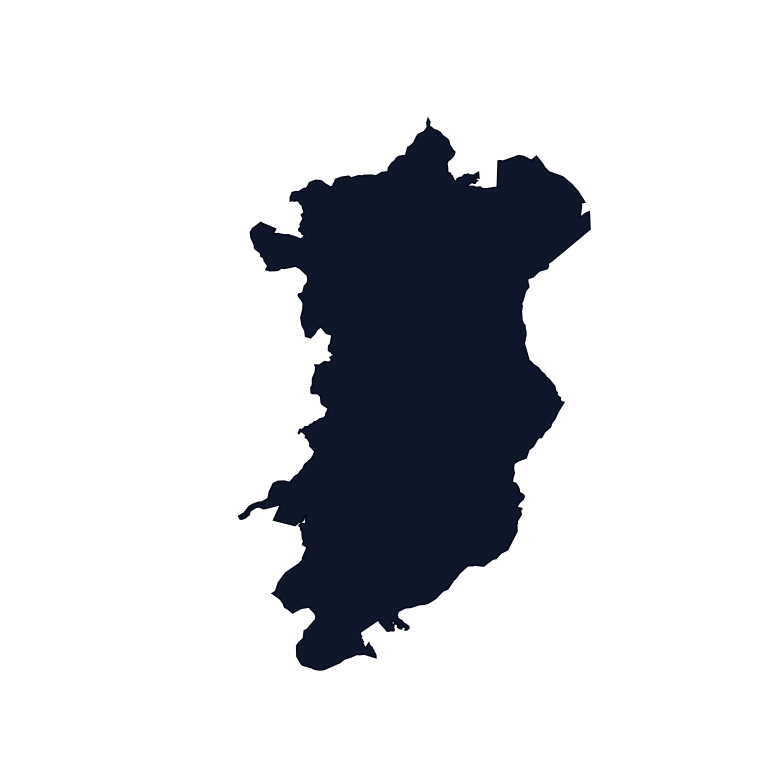 the district of Aschileu, Cluj, Romania, rotated 307°
{"feature_id": "2599482B95199395235203", "entity_name": "Aschileu", "entity_type": "district", "adm_level": 2, "iso_a3": "ROU", "parent_name": "Romania", "parent_adm1": "Cluj", "projection": "albers", "projection_center": [23.469, 46.985], "detail": "fine", "context": "isolated", "style": "filled", "palette": "ink", "viewbox_px": 768, "rotation_deg": 307, "n_neighbors": 0, "source": "geoboundaries", "source_scale": "gbopen_adm2", "svg_char_len": 6171}
<svg xmlns="http://www.w3.org/2000/svg" viewBox="0 0 768 768"><g transform="rotate(307 384 384)"><path d="M477.6,538.7L476.6,536.4L477.1,534.3L479.2,533.3L478.9,531.0L479.6,528.3L481.5,527.4L481.5,525.5L484.9,521.6L487.2,512.3L487.1,509.5L488.3,506.3L488.5,501.9L489.8,497.4L489.4,491.4L490.1,488.5L490.1,485.7L500.8,471.6L508.7,467.8L511.6,465.3L512.8,463.6L515.6,461.4L516.0,459.1L518.0,455.7L524.4,450.2L529.9,447.1L530.3,445.7L530.9,445.3L533.7,444.9L543.5,441.0L548.7,441.3L552.4,436.9L554.9,435.5L559.2,438.6L567.5,439.9L574.5,445.0L577.3,444.4L577.9,443.2L580.3,442.7L582.2,443.7L631.6,455.4L645.1,444.3L642.3,442.6L635.0,440.3L645.2,434.5L647.2,432.3L650.0,435.0L654.5,423.1L656.4,413.7L657.0,402.0L652.6,387.9L653.6,382.0L655.3,377.8L657.6,368.6L651.3,367.2L649.7,358.4L647.3,354.0L633.4,344.8L632.5,342.7L630.8,340.9L609.4,356.0L601.4,348.2L599.1,344.8L599.4,342.4L596.3,339.3L595.9,336.9L592.2,331.9L592.7,331.2L596.9,332.3L598.3,333.3L598.4,335.0L599.3,336.1L600.8,335.7L602.6,336.3L602.2,333.9L602.8,333.3L604.5,334.0L605.6,335.9L609.9,332.0L604.5,329.8L602.2,326.0L602.1,324.4L600.6,324.1L599.6,322.2L595.7,321.8L594.6,320.2L591.6,318.9L590.0,320.0L588.6,317.9L591.3,313.0L591.2,311.5L592.3,309.7L591.0,308.0L596.7,303.0L597.7,301.6L600.2,300.9L605.5,302.1L609.4,302.0L611.9,301.0L612.3,298.2L614.3,292.8L617.1,289.3L617.8,287.1L617.6,281.3L618.7,277.6L618.3,273.4L617.3,271.5L617.4,264.6L621.0,262.8L622.4,259.5L618.6,260.9L615.8,263.7L612.7,264.3L609.4,264.0L604.2,261.3L601.3,261.1L594.6,262.7L589.0,261.6L587.4,260.6L579.5,263.7L574.7,258.9L572.1,258.1L567.8,258.2L565.2,257.3L559.7,257.4L555.8,259.4L551.6,255.0L545.4,252.4L543.2,248.2L538.6,242.5L537.0,241.4L535.0,238.3L528.6,233.7L528.8,230.9L523.5,225.6L518.0,222.1L515.9,223.2L513.9,223.1L511.2,224.0L509.1,222.7L508.3,216.6L508.5,212.4L508.0,210.6L505.5,206.8L499.9,203.3L495.4,204.3L491.9,203.5L492.2,202.5L486.3,200.2L484.2,197.4L481.7,195.5L476.5,196.9L473.7,199.0L475.0,200.0L476.2,201.6L475.9,202.1L478.0,204.0L478.6,205.7L477.4,209.3L477.5,210.9L472.6,217.2L469.4,216.1L467.4,220.0L461.2,220.9L458.9,223.1L457.0,222.6L455.9,223.0L455.3,223.9L455.5,226.3L454.3,228.6L455.2,229.8L455.1,230.5L452.1,231.3L450.3,230.4L449.0,228.9L448.5,226.0L445.6,217.8L443.2,214.8L440.4,209.1L437.4,205.0L442.6,204.2L439.1,190.3L439.0,188.4L428.9,185.5L424.9,186.0L420.7,189.9L417.3,196.4L414.7,198.9L414.3,200.4L414.4,206.3L411.8,209.1L412.4,211.7L410.2,214.5L408.6,219.6L407.2,220.5L404.3,220.8L405.6,224.4L410.0,229.9L411.6,231.2L414.8,232.1L416.6,235.1L424.9,242.4L425.7,247.0L424.6,257.3L421.2,260.8L418.4,261.9L414.2,261.5L408.9,263.9L405.8,263.4L404.9,261.8L403.3,262.1L402.3,263.9L401.1,268.6L399.7,271.0L394.9,274.3L387.0,277.6L381.7,283.1L379.0,288.7L374.9,292.7L376.7,297.6L382.5,298.4L386.1,297.8L391.8,298.9L389.7,307.3L391.8,312.9L383.3,317.3L381.2,316.8L377.4,319.5L377.3,321.5L378.1,323.1L377.0,323.8L377.5,326.3L376.7,326.6L372.8,324.8L372.0,327.0L372.1,328.3L368.2,327.0L366.0,323.0L360.3,321.1L357.6,317.4L356.0,319.7L352.0,322.0L345.2,323.7L340.4,327.4L337.0,327.9L333.1,331.2L333.3,332.5L336.2,336.5L336.1,340.0L335.8,341.1L331.6,344.7L330.7,346.2L330.6,349.7L331.1,352.6L330.3,354.6L326.2,355.2L323.2,356.5L320.8,356.5L317.6,353.7L313.7,352.7L311.8,351.1L308.8,350.7L307.3,349.4L304.5,349.3L301.9,346.4L300.3,346.7L297.8,345.7L297.1,344.2L293.5,345.0L293.1,345.6L293.5,346.1L295.1,345.5L296.2,346.6L296.6,349.1L296.1,350.7L296.7,352.2L293.8,353.5L294.4,355.3L292.5,360.3L289.8,362.1L289.7,364.1L288.4,369.4L284.7,370.5L280.3,370.9L271.8,369.1L267.3,370.3L264.4,369.7L260.4,370.0L256.6,368.4L249.4,368.1L248.2,367.2L246.3,362.6L242.4,357.9L237.9,355.5L229.1,357.3L222.7,360.3L216.4,357.6L213.8,354.8L209.4,351.9L205.1,350.0L196.8,349.9L190.9,347.4L189.6,350.4L190.5,351.8L193.4,353.7L198.5,355.0L201.1,353.7L202.7,353.7L208.7,356.1L210.9,358.6L211.6,362.3L212.3,363.4L224.3,373.1L223.2,375.2L222.5,374.6L208.8,377.7L217.6,398.4L221.3,398.9L224.4,401.3L227.2,401.5L231.3,400.0L232.1,400.5L225.9,405.3L223.8,405.0L224.7,404.7L222.5,401.8L219.7,401.3L219.4,401.8L219.8,402.8L217.5,405.5L218.4,405.9L211.2,412.2L210.4,414.3L206.7,415.7L207.3,419.2L206.9,421.0L195.7,423.8L194.4,424.9L189.2,424.3L173.9,419.1L161.5,419.3L153.2,422.2L149.4,420.7L149.8,430.4L148.2,435.4L145.9,439.1L146.5,442.8L146.2,448.8L154.7,452.6L161.0,458.6L160.0,460.9L159.7,464.9L158.7,468.0L157.8,469.3L154.8,471.1L141.7,470.2L138.8,468.9L132.3,472.7L126.3,471.7L122.3,471.8L114.1,478.3L110.4,487.0L110.6,488.6L113.8,496.7L114.5,500.2L116.6,504.3L119.7,507.8L134.9,516.4L140.4,517.8L145.8,521.7L151.8,525.0L153.0,527.2L156.4,530.8L160.6,542.3L162.4,540.8L166.3,533.1L166.6,530.3L168.1,527.8L163.3,528.2L162.6,529.0L162.3,526.2L163.9,524.2L163.7,523.0L165.9,522.4L165.5,521.5L166.8,520.3L166.8,518.8L167.9,517.9L169.1,518.0L169.3,516.2L171.8,514.5L192.3,521.6L190.6,525.1L189.2,533.1L188.7,533.9L189.0,534.6L188.5,535.1L190.0,537.0L190.5,536.8L193.0,540.8L192.8,539.1L193.8,540.0L194.5,539.1L194.3,538.4L195.3,538.0L195.5,537.3L196.2,537.7L197.6,536.8L198.9,537.4L199.0,536.9L197.3,535.8L197.2,534.3L199.6,533.5L200.7,534.5L200.9,535.2L199.9,535.7L199.8,536.5L201.0,537.9L200.0,537.9L200.5,538.7L199.9,538.6L199.6,539.8L200.1,541.2L199.6,541.6L198.7,540.8L198.0,541.1L198.1,543.7L198.9,545.3L200.9,545.1L202.0,546.2L202.3,548.3L200.2,548.7L201.1,550.2L203.8,550.9L205.1,550.1L205.3,546.1L204.8,543.4L205.7,541.1L205.2,536.3L207.5,533.3L211.1,532.3L218.0,535.7L221.6,539.7L229.0,544.9L232.3,548.7L235.5,551.1L243.6,554.3L254.1,555.6L258.7,558.3L269.1,557.7L272.9,558.3L278.1,558.1L288.6,560.1L290.4,561.5L292.1,564.1L294.0,565.4L298.4,573.1L309.0,576.1L311.6,577.7L311.7,578.5L319.4,579.2L326.0,582.5L346.5,578.8L351.6,574.6L352.9,574.4L354.6,572.9L362.5,572.1L364.6,569.5L366.1,568.9L367.1,569.3L367.5,568.8L365.7,565.1L366.0,564.1L370.6,563.5L375.4,564.4L378.2,563.9L379.0,563.2L379.4,561.4L378.9,557.3L381.0,555.5L382.5,553.2L384.0,549.0L382.6,545.8L386.8,543.3L391.2,541.7L394.0,538.5L398.0,536.0L400.5,536.3L404.3,538.0L410.4,542.0L418.8,539.3L423.8,540.7L434.0,539.6L436.1,542.0L442.5,541.2L449.8,542.8L453.7,541.4L459.0,541.5L466.2,539.8L477.6,538.7Z" fill="#0f172a" stroke="#020617" stroke-width="1.5"/></g></svg>